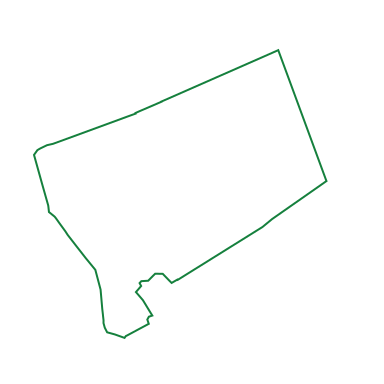 outline of Tal al-Kabir, al-, Al Isma`iliyah, Egypt, rotated 245°
{"feature_id": "37247803B71444962307175", "entity_name": "Tal al-Kabir, al-", "entity_type": "district", "adm_level": 2, "iso_a3": "EGY", "parent_name": "Egypt", "parent_adm1": "Al Isma`iliyah", "projection": "equal_earth", "projection_center": [31.89, 30.417], "detail": "fine", "context": "isolated", "style": "outline", "palette": "green", "viewbox_px": 384, "rotation_deg": 245, "n_neighbors": 0, "source": "geoboundaries", "source_scale": "gbopen_adm2", "svg_char_len": 985}
<svg xmlns="http://www.w3.org/2000/svg" viewBox="0 0 384 384"><g transform="rotate(245 192 192)"><path d="M118.4,141.9L130.5,241.1L133.6,253.1L145.1,318.5L145.5,318.5L256.3,327.8L284.1,330.1L284.1,329.6L286.9,202.5L286.7,202.5L287.4,179.1L287.5,173.3L286.8,174.9L287.7,164.9L294.4,86.4L295.0,83.6L295.7,80.4L295.6,72.8L295.5,72.0L295.5,71.6L295.5,71.4L295.4,70.9L295.3,69.6L292.4,64.5L262.9,59.6L240.6,56.0L239.0,55.5L234.3,53.9L227.7,57.1L225.6,57.6L219.6,58.7L209.9,60.6L205.6,61.2L191.5,64.4L189.8,64.8L177.2,67.7L162.3,71.5L142.2,67.9L123.8,61.2L118.4,59.4L117.6,59.1L113.4,57.7L113.1,57.6L110.6,56.4L105.9,55.6L100.7,55.8L95.5,61.9L88.3,69.2L88.5,69.6L89.0,70.4L89.4,71.2L89.4,72.2L89.4,72.5L89.6,75.9L90.2,86.4L90.8,97.1L95.3,97.6L97.2,100.2L96.8,103.8L102.9,103.1L114.7,101.8L125.0,98.9L128.3,106.2L131.6,106.0L132.6,108.4L130.1,114.8L132.3,120.7L133.5,124.1L130.2,130.9L120.9,134.1L118.2,135.1L118.8,141.8L118.4,141.9Z" fill="none" stroke="#15803d" stroke-width="2"/></g></svg>